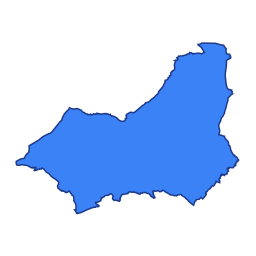 Nes nor, Akershus, Norway, rotated 271°
{"feature_id": "86288312B33939315722531", "entity_name": "Nes nor", "entity_type": "district", "adm_level": 2, "iso_a3": "NOR", "parent_name": "Norway", "parent_adm1": "Akershus", "projection": "mercator", "projection_center": [11.47, 60.171], "detail": "fine", "context": "isolated", "style": "filled", "palette": "blue", "viewbox_px": 256, "rotation_deg": 271, "n_neighbors": 0, "source": "geoboundaries", "source_scale": "gbopen_adm2", "svg_char_len": 5758}
<svg xmlns="http://www.w3.org/2000/svg" viewBox="0 0 256 256"><g transform="rotate(271 128 128)"><path d="M214.2,200.4L212.6,197.7L212.9,196.6L212.4,196.5L209.8,200.0L204.8,203.1L204.5,202.1L203.3,200.3L204.0,198.8L203.9,195.9L203.4,191.9L203.1,191.6L204.3,190.3L204.2,189.2L204.6,188.3L203.2,188.0L203.3,187.0L202.9,186.5L202.8,185.5L201.8,184.7L201.7,183.9L201.9,183.5L201.1,181.5L200.9,179.8L201.0,179.1L200.6,177.9L200.8,177.5L200.1,177.1L199.2,175.8L199.0,176.1L198.3,175.9L197.8,176.8L197.4,176.2L196.6,176.0L196.4,175.6L196.6,174.7L196.4,174.5L196.6,174.1L196.4,173.6L196.1,174.4L192.3,173.3L187.7,173.7L186.6,173.0L186.0,171.6L185.4,171.5L185.4,171.0L184.4,170.1L183.6,169.7L181.7,170.1L181.3,169.7L181.2,168.9L180.8,168.5L180.1,168.7L179.0,167.8L179.0,167.3L178.9,167.2L178.0,167.3L176.7,165.9L176.3,165.1L176.4,164.4L175.3,164.1L174.7,164.4L169.9,162.1L164.7,157.8L163.4,157.8L162.6,157.2L161.0,155.3L158.9,153.5L156.8,150.6L154.7,148.8L153.8,146.4L153.6,145.3L151.6,143.7L150.5,141.9L143.9,134.4L143.3,133.5L143.6,132.9L143.5,131.9L143.9,130.4L141.8,126.6L140.6,125.8L138.4,126.6L137.7,126.3L137.5,125.9L137.6,125.2L137.4,125.1L136.6,125.3L135.2,124.9L134.5,122.4L134.9,120.2L135.7,118.8L138.5,115.8L139.8,112.5L139.4,111.9L139.5,111.5L140.6,110.2L141.3,110.1L141.0,108.9L141.8,107.6L141.5,105.8L142.1,105.6L141.9,104.4L141.7,104.0L142.0,103.7L141.3,101.3L141.4,100.6L141.2,100.3L141.7,99.9L141.7,98.7L142.1,97.8L141.6,97.4L142.0,96.8L141.7,96.5L142.0,96.1L141.1,95.5L141.5,94.8L141.2,93.9L141.6,93.4L141.1,92.9L140.9,92.1L140.6,92.0L140.8,91.7L140.7,91.3L141.1,90.5L140.7,90.3L141.0,90.0L140.6,89.2L140.9,88.2L140.8,87.4L141.3,87.1L141.3,86.3L141.9,84.8L142.7,84.2L142.9,82.8L143.9,81.7L145.1,80.9L145.2,80.0L146.2,77.9L146.6,76.2L145.8,73.2L146.2,72.6L146.2,71.6L147.2,69.1L145.2,68.2L144.4,67.0L140.9,64.1L137.2,62.3L134.6,61.5L132.7,59.6L122.2,51.6L121.2,50.1L120.8,48.5L117.9,43.1L114.4,39.0L108.5,29.4L105.6,29.6L102.0,29.2L99.4,26.5L95.8,24.7L95.4,22.1L94.5,19.9L92.6,16.8L90.0,16.9L88.9,17.8L88.9,20.6L89.5,21.9L88.7,28.2L86.5,32.0L87.0,33.6L86.3,33.8L86.6,34.3L86.4,34.7L87.0,35.3L87.0,36.4L86.6,36.6L86.6,36.3L86.3,35.9L85.2,35.9L84.1,34.9L83.7,35.5L84.3,36.8L84.3,37.6L84.9,38.4L85.2,40.2L85.6,40.4L85.4,40.7L85.5,42.3L86.5,42.6L85.7,44.3L82.4,47.2L80.8,50.0L78.2,52.2L76.8,54.1L75.7,56.2L72.9,59.6L70.9,59.5L68.7,58.5L66.4,59.2L66.2,59.9L65.2,60.6L64.6,62.3L64.1,62.2L63.7,63.0L64.0,63.6L63.7,64.2L63.9,64.4L63.6,65.4L63.4,65.6L63.4,66.2L62.5,66.5L62.6,67.2L62.3,67.9L63.3,69.4L64.1,70.1L62.9,71.3L62.2,71.4L61.4,72.2L61.4,72.5L60.0,73.0L59.3,74.4L56.8,75.2L54.3,75.0L52.3,76.4L49.8,77.4L45.3,77.4L45.2,76.0L43.3,77.5L41.9,78.0L42.2,79.0L41.7,79.2L42.7,82.7L46.2,89.9L46.7,91.6L47.1,91.8L48.1,95.1L48.0,95.4L48.3,96.2L48.2,96.9L48.7,97.4L49.0,98.3L48.7,99.2L49.4,99.3L49.6,100.4L50.4,99.6L52.0,97.0L53.0,96.8L53.2,98.8L54.8,102.1L57.8,102.5L57.5,103.3L58.3,104.0L58.7,105.2L59.7,105.7L60.5,108.6L60.5,109.8L61.4,111.0L61.9,111.2L61.8,112.7L59.5,114.4L57.7,113.7L56.2,114.3L56.1,114.7L55.3,115.5L55.6,116.5L55.5,118.2L55.1,118.5L55.2,119.1L54.8,119.6L55.0,120.1L54.6,120.6L55.5,121.4L56.8,121.1L56.8,121.4L57.7,121.3L60.7,122.8L61.4,123.6L62.5,129.2L63.6,129.3L64.1,130.2L63.9,130.5L64.2,131.9L63.7,133.3L64.2,134.1L63.9,134.9L64.1,135.4L63.8,135.5L63.8,135.9L63.6,136.2L63.8,137.0L63.2,137.6L63.2,138.0L62.9,138.3L63.0,139.0L62.5,139.2L62.3,139.7L62.3,140.3L62.1,140.6L62.1,141.3L63.0,141.5L63.2,142.1L63.1,143.5L63.7,144.6L63.8,146.6L63.0,148.3L62.7,150.1L60.7,152.0L60.0,152.1L59.8,152.6L60.0,152.7L59.5,153.1L59.2,154.2L58.4,154.6L58.4,156.1L58.2,156.2L59.0,156.1L62.1,154.4L62.3,154.7L63.2,154.5L63.1,154.2L63.3,154.1L63.8,154.4L64.5,154.1L65.7,154.3L65.6,155.5L65.3,155.7L65.4,157.8L65.8,158.8L65.5,159.9L64.8,161.1L65.3,162.7L66.4,163.8L65.8,165.3L64.8,166.4L62.2,171.3L61.8,171.5L61.7,174.2L61.0,175.9L61.3,176.9L61.0,177.7L61.9,179.0L62.6,182.1L61.3,183.3L59.7,186.1L58.4,187.1L57.3,188.8L55.8,189.8L55.4,190.9L54.9,190.9L51.9,194.9L54.8,195.8L55.8,196.3L56.3,197.1L57.3,197.3L57.9,198.7L57.9,199.9L58.1,200.6L59.8,202.0L59.2,203.2L58.4,204.0L62.5,207.2L63.2,207.2L63.8,206.8L64.2,207.3L64.7,206.9L65.6,207.3L65.6,207.9L65.8,208.2L67.7,209.4L68.6,210.6L68.6,211.0L70.4,212.4L71.5,212.7L71.7,213.6L71.4,214.3L71.5,214.7L75.3,217.0L76.2,217.0L74.9,220.6L75.8,220.7L79.0,220.1L79.5,220.5L79.6,221.2L80.4,221.0L81.0,221.4L82.3,221.4L83.0,222.1L82.7,222.2L82.9,222.5L82.5,222.4L82.9,222.8L82.6,222.8L82.9,223.2L82.6,223.5L82.8,224.1L82.5,224.0L83.0,224.2L82.2,225.1L83.0,225.7L83.3,226.6L84.1,227.4L84.0,227.8L84.6,227.6L85.6,228.0L86.6,229.2L87.0,228.8L87.8,229.1L88.6,227.9L89.4,228.3L89.2,228.4L89.5,229.1L90.1,229.7L89.8,229.9L90.1,230.2L89.9,230.4L90.4,231.1L90.1,232.3L90.1,233.8L92.2,235.3L92.1,236.0L92.3,236.2L92.7,236.4L93.0,235.7L93.5,235.6L94.6,236.7L96.0,237.1L96.2,237.8L96.5,237.6L97.4,238.6L97.3,238.9L97.9,239.2L98.7,238.3L100.4,237.5L101.1,236.6L101.9,234.9L102.5,235.1L103.0,234.1L103.3,234.0L103.3,233.6L103.8,233.2L107.9,231.1L111.7,230.2L112.9,229.0L115.3,228.6L116.6,228.0L118.9,225.6L120.8,224.5L121.4,224.7L121.7,223.1L122.4,221.7L122.5,219.5L122.8,219.0L125.4,219.7L128.2,219.6L129.5,219.0L131.8,218.7L134.2,219.1L136.1,220.3L139.2,221.0L141.7,222.8L144.6,224.2L146.9,224.5L148.7,225.3L154.4,226.5L156.1,227.2L160.0,227.6L161.4,229.2L162.5,229.9L164.1,232.1L165.2,231.3L166.2,231.6L167.0,230.7L167.8,230.9L167.8,230.3L167.6,229.9L168.3,229.1L168.0,228.1L169.9,226.3L174.5,225.2L182.8,224.2L192.6,225.3L197.0,225.3L198.4,226.7L198.8,228.0L199.5,228.3L199.3,229.0L199.6,229.3L200.6,229.5L201.4,228.9L201.7,229.2L203.4,228.4L203.9,225.1L207.4,224.5L208.9,224.9L211.0,223.0L212.4,222.2L212.8,219.3L214.2,214.0L214.2,206.6L214.3,205.3L214.2,200.4Z" fill="#3b82f6" stroke="#1e3a8a" stroke-width="1.5"/></g></svg>